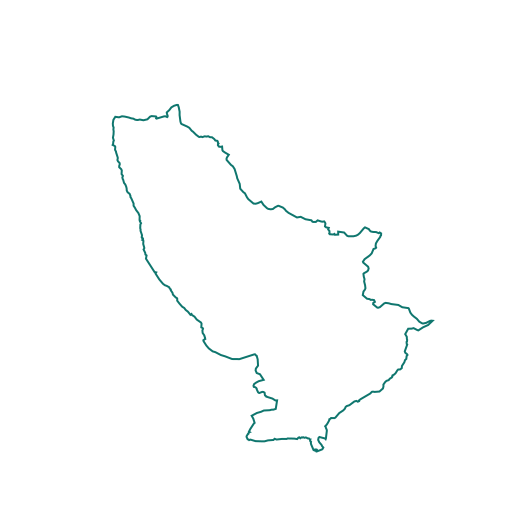 Dambovicioara, Arges, Romania, rotated 324°
{"feature_id": "2599482B9633090752997", "entity_name": "Dambovicioara", "entity_type": "district", "adm_level": 2, "iso_a3": "ROU", "parent_name": "Romania", "parent_adm1": "Arges", "projection": "equal_earth", "projection_center": [25.229, 45.461], "detail": "fine", "context": "isolated", "style": "outline", "palette": "teal", "viewbox_px": 512, "rotation_deg": 324, "n_neighbors": 0, "source": "geoboundaries", "source_scale": "gbopen_adm2", "svg_char_len": 6111}
<svg xmlns="http://www.w3.org/2000/svg" viewBox="0 0 512 512"><g transform="rotate(324 256 256)"><path d="M360.8,412.2L359.8,411.3L358.6,410.8L354.3,410.1L351.4,408.8L350.7,407.9L349.5,405.1L349.2,401.3L348.1,397.6L347.6,395.1L347.6,392.5L348.7,388.5L348.7,387.8L344.2,383.4L342.4,379.3L337.2,374.4L335.6,372.3L333.3,370.1L331.8,369.7L326.2,370.2L324.5,369.7L323.8,369.1L322.4,363.9L323.3,362.9L325.2,363.0L325.6,361.1L324.6,360.0L322.9,358.8L322.6,357.7L320.7,355.8L319.4,350.4L322.1,347.9L324.4,347.2L325.6,346.4L327.1,343.7L328.5,340.2L330.2,338.5L331.0,336.2L332.4,333.6L333.2,333.4L336.4,333.8L338.1,333.6L339.8,332.3L340.4,330.6L338.9,324.4L339.1,323.5L342.0,322.4L348.3,322.4L351.1,321.9L355.2,319.4L357.2,320.0L358.1,319.9L358.6,318.2L360.4,316.3L363.1,315.1L367.7,313.6L368.3,313.0L369.3,312.8L370.5,311.3L369.9,309.7L368.8,309.8L367.2,307.2L364.9,305.4L363.4,303.8L363.0,302.3L363.1,300.6L361.0,296.9L359.4,297.0L353.4,298.5L351.0,298.7L349.0,298.4L346.4,297.3L342.4,294.4L341.6,293.2L341.1,288.8L336.8,284.6L335.1,287.0L332.3,285.2L332.4,284.2L331.1,284.0L328.5,281.8L328.4,280.9L329.0,280.6L330.1,278.9L330.0,276.9L331.4,276.0L329.6,274.1L329.2,272.6L331.2,270.6L331.5,269.6L331.5,268.1L329.9,267.3L329.0,266.4L326.8,263.4L324.4,263.6L322.3,262.1L321.8,261.4L321.8,259.7L317.6,255.3L315.2,250.6L311.8,248.9L307.7,240.3L306.8,237.0L306.8,235.2L306.2,232.6L303.8,228.7L303.2,228.3L300.1,227.8L297.3,227.9L295.4,226.9L293.6,225.1L293.0,223.8L292.1,219.1L292.3,215.1L288.5,214.3L286.4,213.5L284.8,212.1L283.2,205.5L283.2,203.3L283.9,198.8L283.3,196.9L282.8,192.3L285.2,188.1L286.5,182.1L287.4,180.1L289.8,173.1L290.0,169.8L289.3,167.6L288.7,161.0L289.3,160.0L290.4,159.2L293.5,158.1L291.7,154.0L290.9,151.6L291.0,150.7L292.9,147.5L291.1,146.6L290.2,145.5L290.4,144.8L290.3,144.0L291.0,143.1L291.8,143.0L291.8,141.9L292.4,140.9L292.4,140.1L291.0,138.7L291.0,136.9L290.2,134.1L288.6,132.8L287.7,131.0L286.3,130.4L284.8,129.0L282.5,128.3L281.7,127.1L280.3,126.6L279.8,126.0L278.8,122.7L278.1,118.4L277.6,116.9L277.4,113.1L276.4,110.8L273.3,105.4L273.3,104.5L273.9,102.8L277.0,97.1L279.0,94.4L280.9,90.3L281.6,87.9L280.7,87.2L278.0,86.3L274.9,86.0L271.6,87.0L268.2,87.4L267.5,88.7L267.0,90.5L266.4,91.3L265.8,91.4L264.9,89.8L263.7,89.0L256.3,86.4L256.1,85.9L257.1,85.1L257.1,84.3L253.7,81.4L252.2,81.0L248.5,81.6L244.7,80.0L242.2,77.3L240.3,76.5L239.1,75.5L238.2,74.4L237.6,72.9L235.9,71.2L234.5,69.2L231.7,66.0L229.7,64.2L226.7,63.3L224.0,60.7L220.7,62.0L218.0,64.7L216.8,66.6L216.3,68.4L215.0,69.8L214.2,71.4L212.1,74.0L209.8,76.2L208.8,79.1L207.8,79.6L206.3,81.3L205.3,81.9L206.4,84.0L206.3,85.0L204.4,87.2L204.1,89.2L203.6,90.2L202.2,94.5L201.8,95.5L200.3,96.9L200.0,98.3L200.3,100.5L199.8,101.6L198.2,102.8L197.5,103.8L198.0,106.5L197.7,107.9L195.4,110.7L195.4,113.0L194.1,113.8L193.4,115.4L193.4,116.1L192.2,119.3L192.3,121.3L191.8,123.4L191.1,125.2L189.9,127.1L189.6,129.0L190.3,131.4L189.7,133.7L189.1,134.4L189.0,136.1L187.8,141.6L186.5,143.4L186.4,145.8L186.0,148.4L186.1,152.1L185.3,155.4L182.9,158.5L183.1,159.3L182.4,159.8L182.3,161.9L181.0,162.5L178.7,165.4L178.1,166.9L177.4,167.7L176.0,172.2L174.6,173.6L174.8,174.2L174.4,174.7L174.8,175.4L174.6,175.9L173.5,176.2L173.9,176.9L173.8,177.6L171.8,180.0L170.5,183.6L170.0,184.2L168.9,184.6L168.2,188.4L167.4,189.8L167.8,191.2L165.4,193.5L164.5,209.3L165.6,210.6L164.4,211.1L164.0,218.2L164.4,223.8L165.1,226.1L166.2,227.7L167.4,230.3L167.1,231.6L167.4,233.0L166.9,233.6L166.8,236.7L166.1,238.4L166.7,242.4L167.3,243.7L167.2,244.2L166.0,245.8L166.1,249.5L166.5,253.7L167.4,255.9L167.4,258.3L168.2,261.0L168.4,265.0L169.7,265.0L169.5,266.1L170.6,268.9L170.7,272.6L172.4,277.5L172.2,278.7L169.8,281.6L170.5,282.9L170.4,283.7L168.9,284.7L167.6,286.9L167.5,289.9L167.0,291.0L166.9,291.9L166.4,292.4L166.2,293.3L163.9,293.2L163.5,294.1L163.2,299.3L163.5,303.0L164.9,307.7L166.6,309.9L169.4,315.5L172.1,319.1L176.1,325.3L182.0,329.7L196.9,334.6L197.5,335.1L197.5,336.4L197.9,337.1L196.6,340.6L193.2,345.9L189.7,347.0L188.4,348.4L187.8,351.1L189.7,354.0L189.4,360.7L184.7,358.9L181.7,358.5L179.2,358.5L177.7,359.5L177.3,360.6L178.2,361.6L178.6,362.7L178.6,363.7L178.2,364.3L177.6,367.5L177.8,368.3L178.2,368.8L181.2,369.6L182.1,370.4L182.6,371.6L181.4,373.9L181.4,374.5L181.9,375.6L181.7,375.9L185.5,381.0L186.8,384.3L188.2,385.2L182.1,391.3L179.7,390.5L178.1,389.4L176.6,388.9L171.5,385.6L168.5,385.0L164.4,383.5L158.6,382.7L158.2,386.0L156.8,390.2L155.7,390.3L149.5,392.7L147.0,394.0L147.3,394.7L146.6,394.5L145.3,395.4L144.9,395.2L142.4,396.3L142.0,396.9L141.5,399.4L142.1,400.1L142.2,400.9L143.6,401.3L146.8,405.5L152.6,410.0L154.1,411.0L157.3,412.2L162.0,415.1L163.6,414.8L164.8,416.6L169.6,419.3L173.2,422.0L174.3,422.2L179.6,426.2L181.7,428.3L183.5,427.9L184.4,428.1L184.7,429.5L186.2,429.5L186.9,430.2L187.6,430.3L188.3,431.5L189.7,432.1L190.8,434.2L191.5,434.6L191.7,435.1L191.8,436.4L192.0,436.5L191.1,437.3L191.3,438.7L190.5,439.4L189.9,440.7L188.5,446.8L189.2,448.0L189.4,448.1L189.8,447.2L190.0,447.2L191.3,448.2L191.4,448.5L190.9,449.0L190.1,449.2L189.9,449.5L190.1,449.8L195.7,451.3L196.5,451.2L197.9,450.5L197.7,448.9L198.0,447.2L197.7,443.9L198.2,441.3L199.7,439.9L200.9,439.7L204.6,444.2L204.7,445.1L205.3,444.7L210.6,439.0L211.1,438.1L211.5,436.1L211.9,435.4L211.9,434.4L214.1,434.0L216.1,433.2L218.8,431.9L219.3,431.2L220.6,431.4L221.5,431.2L224.1,433.2L225.2,433.4L231.0,432.0L235.8,432.2L238.1,431.8L239.8,430.8L241.1,430.7L243.9,431.6L250.1,431.5L252.1,432.3L252.7,433.7L254.1,434.0L254.4,433.4L256.4,433.3L267.5,434.4L269.9,434.0L270.9,434.5L272.1,435.7L276.2,438.2L280.8,437.8L282.4,436.5L283.5,434.9L286.4,433.9L288.2,433.7L290.3,434.4L292.2,433.9L294.4,434.1L296.1,433.5L295.0,433.7L296.3,432.8L297.7,433.1L299.9,432.9L303.1,431.6L304.3,431.4L306.0,432.5L308.0,432.4L309.5,430.7L313.5,429.2L315.4,427.8L317.1,427.6L319.0,425.5L320.4,425.1L320.5,424.2L319.9,422.0L320.3,420.6L326.3,416.5L326.2,415.8L327.3,414.0L327.9,413.9L329.0,412.7L329.3,411.8L330.5,410.0L330.8,406.9L336.4,404.3L339.1,406.2L341.1,407.0L343.0,410.8L343.6,411.6L349.3,411.9L354.7,413.0L360.8,412.2Z" fill="none" stroke="#0f766e" stroke-width="2"/></g></svg>